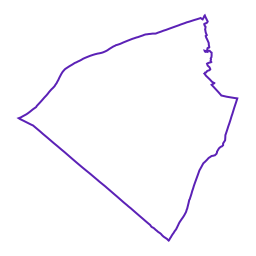 Al-Najaf, An-Najaf, Iraq
{"feature_id": "34846034B29737598200853", "entity_name": "Al-Najaf", "entity_type": "district", "adm_level": 2, "iso_a3": "IRQ", "parent_name": "Iraq", "parent_adm1": "An-Najaf", "projection": "albers", "projection_center": [43.801, 31.101], "detail": "fine", "context": "isolated", "style": "outline", "palette": "violet", "viewbox_px": 256, "rotation_deg": 0, "n_neighbors": 0, "source": "geoboundaries", "source_scale": "gbopen_adm2", "svg_char_len": 4552}
<svg xmlns="http://www.w3.org/2000/svg" viewBox="0 0 256 256"><path d="M214.3,83.1L214.2,83.1L212.0,81.8L210.0,79.6L207.1,76.8L206.1,75.9L205.6,75.2L204.4,73.6L204.8,73.4L205.1,72.6L206.2,72.4L206.6,71.7L207.2,71.0L208.7,70.4L209.5,70.2L210.3,69.2L209.5,67.3L208.1,66.0L207.7,65.6L207.0,63.7L207.8,63.2L209.4,62.6L210.9,62.3L211.3,62.0L210.6,60.7L211.0,59.4L210.7,58.4L211.4,57.3L211.6,55.7L211.6,54.0L211.6,52.6L210.8,52.1L209.7,50.9L208.9,50.7L207.9,51.0L207.6,51.9L207.0,51.7L205.6,51.9L204.9,51.5L204.6,50.7L205.4,50.9L206.2,51.2L206.8,51.1L207.2,49.9L207.5,48.2L208.0,47.8L208.9,47.7L209.3,47.2L208.8,44.8L208.7,42.9L207.9,41.1L207.0,39.1L206.3,37.8L205.7,36.0L206.1,35.7L206.8,35.1L206.7,34.8L206.4,34.3L206.1,33.5L205.9,33.0L205.6,32.0L205.5,31.3L205.3,30.1L205.1,29.6L205.2,29.2L205.3,28.6L205.4,27.7L205.6,26.9L205.4,26.5L205.0,26.1L204.7,25.6L204.5,25.2L204.4,24.6L204.2,24.1L204.3,24.0L204.4,23.9L204.6,23.8L204.8,23.8L205.0,23.7L205.3,23.4L205.6,23.4L205.9,23.3L206.2,23.1L206.4,23.0L207.0,22.7L207.3,22.3L207.5,21.8L207.7,21.4L207.4,20.9L207.1,20.3L206.7,19.6L206.3,18.6L205.8,17.7L205.2,16.4L205.0,15.9L204.8,15.4L204.5,15.7L204.2,16.3L203.8,17.2L203.5,17.8L203.2,18.5L202.9,18.9L202.7,19.2L202.6,19.4L202.4,19.3L201.8,18.9L201.3,18.5L201.0,18.3L200.6,18.0L200.2,18.2L199.6,18.4L198.3,18.8L197.4,19.1L194.3,20.0L189.7,21.5L188.0,22.0L187.2,22.2L186.8,22.3L184.8,23.1L181.3,24.3L180.2,24.7L179.0,25.2L177.3,25.8L175.3,26.5L172.8,27.4L169.2,28.7L166.0,29.9L163.4,30.7L161.1,31.6L157.9,32.7L156.7,33.2L155.9,33.5L155.3,33.6L154.6,33.6L152.6,33.6L150.4,33.9L149.0,34.0L147.1,34.3L145.8,34.4L144.3,34.8L142.9,35.4L140.5,36.2L138.0,37.1L136.4,37.5L134.4,38.2L132.5,38.8L129.7,39.9L127.4,40.8L124.7,41.9L123.2,42.5L122.8,42.7L121.7,43.2L120.1,43.9L118.0,44.6L117.1,44.9L116.1,45.1L114.9,45.8L113.3,46.5L111.5,47.6L109.4,48.9L107.4,50.3L106.1,51.0L104.6,51.7L102.9,52.4L101.6,52.8L99.4,53.3L97.6,53.6L95.3,54.2L95.2,54.2L93.2,54.8L91.7,55.3L90.2,55.8L86.7,57.2L85.0,57.9L83.0,58.8L81.4,59.8L79.7,60.7L77.7,61.6L76.4,62.3L74.7,63.0L72.4,64.5L69.3,66.3L66.7,68.0L65.2,69.0L64.4,69.8L63.8,70.5L63.0,71.4L62.4,72.2L61.4,73.8L60.5,75.5L59.2,78.0L58.4,79.8L57.1,82.1L56.7,83.0L55.4,84.8L54.5,86.3L54.0,86.8L52.8,88.1L51.6,89.2L50.5,90.4L48.7,92.5L48.0,93.5L46.4,95.4L44.4,97.5L41.8,100.5L40.0,102.5L36.9,105.8L36.1,107.1L34.5,108.2L32.8,109.4L30.0,111.7L28.0,113.2L26.4,114.3L22.9,116.2L20.6,117.5L18.7,118.2L20.1,119.1L23.6,120.8L30.9,124.5L33.1,125.5L33.9,126.2L35.8,127.8L40.1,131.4L42.9,133.9L47.1,137.4L53.5,142.9L57.5,146.2L61.6,149.7L64.4,152.0L72.1,158.7L76.4,162.4L82.2,167.3L91.5,174.9L94.2,177.2L99.6,181.8L105.4,186.5L107.2,188.1L110.7,191.1L113.8,193.8L117.1,196.6L119.6,198.8L123.7,202.4L127.2,205.3L128.3,206.3L130.8,208.3L133.3,210.5L135.7,212.6L138.6,215.1L140.8,217.0L142.8,218.7L145.2,220.8L148.5,223.6L150.1,224.9L150.6,225.6L151.0,226.2L151.6,226.9L152.3,227.3L152.9,227.6L153.7,228.0L154.1,228.4L155.0,229.2L155.7,229.9L156.8,230.7L157.5,231.4L158.4,232.1L159.5,232.8L160.2,233.3L160.7,233.7L161.3,234.3L162.1,235.3L162.9,236.0L163.5,236.6L164.4,237.2L165.3,237.8L166.2,238.4L166.8,238.8L167.1,239.0L167.8,239.8L168.7,240.6L169.0,240.3L169.6,239.2L170.2,238.1L170.6,237.6L171.1,236.8L171.8,235.5L172.8,234.0L173.7,232.8L174.5,231.4L175.8,229.7L176.4,228.8L176.6,228.2L177.0,227.6L177.5,226.4L178.0,225.5L178.7,223.9L179.4,222.5L180.2,221.3L180.5,220.8L181.0,220.1L181.6,219.2L182.7,217.7L183.5,216.5L184.3,215.2L185.0,213.9L185.7,212.6L186.0,212.0L186.2,211.4L186.4,210.8L186.7,209.7L187.2,208.6L187.4,207.7L187.9,205.7L188.6,202.9L189.0,201.0L189.3,199.8L189.8,199.1L189.9,198.7L190.1,198.0L190.6,196.5L191.4,194.0L192.2,191.1L193.1,188.5L193.9,185.8L195.2,182.1L197.9,174.7L199.0,171.6L199.4,170.4L200.1,169.2L201.1,167.4L201.6,166.5L202.6,164.6L203.4,163.2L203.8,162.9L204.3,162.4L204.9,161.9L205.9,160.9L207.0,159.8L207.8,158.9L208.5,158.1L209.0,157.7L209.7,157.3L210.6,156.7L211.4,156.1L211.6,156.0L212.2,155.9L213.4,155.7L214.3,155.4L214.9,155.3L215.3,154.9L216.1,154.1L216.4,153.9L216.6,153.4L217.0,152.5L217.0,151.7L217.4,151.0L218.7,148.8L219.2,148.1L219.6,147.8L220.5,147.0L220.8,146.8L221.8,146.4L222.2,146.1L223.1,145.2L223.1,143.4L225.1,140.3L225.3,137.5L225.4,135.0L225.6,134.6L227.4,129.2L228.2,126.6L229.4,123.2L230.5,119.8L231.6,116.1L232.3,114.1L234.2,107.9L236.2,101.9L236.9,99.7L237.3,98.4L236.1,98.2L235.1,98.1L233.9,97.9L230.8,97.4L226.6,96.7L222.7,95.8L221.3,95.5L220.6,94.6L219.7,93.6L218.3,92.0L213.7,87.0L211.6,84.8L212.7,84.1L214.3,83.2L214.3,83.1Z" fill="none" stroke="#5b21b6" stroke-width="2"/></svg>